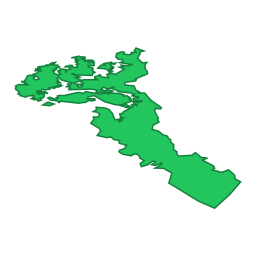 Hábmer smj 2, Nordland, Norway (Robinson projection)
{"feature_id": "86288312B17604167467724", "entity_name": "Hábmer smj 2", "entity_type": "district", "adm_level": 2, "iso_a3": "NOR", "parent_name": "Norway", "parent_adm1": "Nordland", "projection": "robinson", "projection_center": [15.771, 67.88], "detail": "fine", "context": "isolated", "style": "filled", "palette": "green", "viewbox_px": 256, "rotation_deg": 0, "n_neighbors": 0, "source": "geoboundaries", "source_scale": "gbopen_adm2", "svg_char_len": 5491}
<svg xmlns="http://www.w3.org/2000/svg" viewBox="0 0 256 256"><path d="M119.0,151.9L123.0,154.3L131.3,155.8L134.6,153.8L137.4,154.5L139.5,156.0L139.8,158.2L144.2,160.5L140.1,163.7L141.3,166.7L148.2,164.6L152.7,161.0L155.6,161.9L151.6,164.7L155.2,165.5L161.5,163.0L161.7,164.4L155.2,168.1L163.4,168.3L171.9,173.0L168.8,183.0L198.6,201.2L214.7,208.2L230.0,194.2L240.6,181.9L235.0,178.8L234.6,175.1L228.5,169.8L221.6,172.4L212.2,169.9L214.7,168.3L213.6,166.0L202.4,160.1L207.5,158.1L201.4,157.5L195.4,152.6L191.7,155.3L178.5,156.1L176.8,154.1L177.1,152.0L173.5,149.4L173.8,144.7L170.6,142.1L170.8,139.9L168.1,138.1L167.6,136.2L163.0,134.9L158.5,131.1L152.1,129.4L152.8,125.4L159.0,122.1L157.6,119.9L158.4,118.4L154.7,111.2L155.5,108.3L160.5,109.0L161.3,107.5L150.8,100.2L144.7,93.1L138.1,92.9L137.7,92.2L139.2,92.0L135.7,90.0L134.2,86.0L125.1,85.0L124.7,83.4L125.4,82.2L135.7,81.0L136.3,79.6L135.2,79.0L147.4,73.9L147.5,71.9L145.4,69.2L144.9,65.0L146.8,62.4L142.3,62.8L137.5,58.2L140.1,53.7L140.0,51.8L143.8,51.0L135.4,47.8L136.2,48.4L134.4,50.3L136.1,52.1L131.5,52.4L131.2,53.1L132.3,53.7L129.4,54.7L123.7,54.2L124.4,52.3L122.3,51.7L116.6,53.5L115.9,57.2L117.5,57.9L117.4,58.9L123.0,60.0L123.1,61.3L119.9,62.7L132.7,64.6L126.9,65.9L121.2,65.1L121.9,66.2L124.6,66.3L119.4,67.2L124.4,69.1L115.4,74.4L110.6,72.6L108.6,72.6L110.7,73.5L106.9,74.4L108.5,77.7L101.3,77.0L100.5,75.0L98.4,74.8L99.7,75.6L94.2,76.7L95.5,77.1L94.8,78.2L97.5,79.7L83.6,79.7L80.4,81.5L83.5,83.6L80.8,85.2L82.7,85.8L81.6,86.9L77.7,87.0L77.3,85.8L79.8,84.2L75.9,84.2L73.8,82.9L81.9,80.4L75.9,77.7L79.8,77.0L72.0,74.1L73.6,73.3L75.2,74.9L92.1,75.4L93.2,73.1L94.9,72.4L92.2,70.3L92.7,69.0L91.1,68.7L93.2,68.6L93.2,68.4L88.2,66.7L88.6,65.4L87.4,65.3L93.2,65.8L94.3,65.3L93.3,63.3L94.2,62.9L91.7,61.5L93.5,61.0L91.7,60.1L87.8,60.2L87.6,61.3L89.8,62.2L89.0,62.8L86.9,61.0L83.8,61.4L87.7,60.5L80.8,59.0L85.0,58.4L85.3,57.3L83.2,57.2L84.2,56.6L79.6,57.5L80.9,56.9L78.8,56.2L71.2,57.8L75.5,57.8L76.0,58.6L74.6,58.9L77.4,59.0L78.2,59.6L74.7,59.9L77.5,60.6L75.9,61.5L78.0,61.3L75.6,62.1L77.8,63.4L76.6,64.2L78.1,64.4L77.0,65.4L77.2,67.4L70.8,67.1L72.6,66.5L72.1,65.3L69.1,65.5L68.8,66.7L66.5,65.9L65.2,66.8L69.6,67.2L68.9,67.4L70.8,69.2L65.4,70.0L66.5,71.7L65.8,72.0L65.1,69.4L60.2,68.9L60.5,70.1L58.8,70.5L59.6,71.5L58.3,71.6L59.2,72.7L57.9,72.3L61.0,74.0L58.4,75.0L54.3,73.5L53.7,70.7L51.4,70.6L54.8,70.5L54.5,69.1L56.5,69.6L56.5,67.9L55.3,67.7L59.0,67.4L58.6,68.1L59.7,67.0L57.9,66.7L58.0,65.1L52.8,65.0L55.4,62.4L51.1,63.0L51.8,63.0L50.1,64.0L51.5,63.8L52.9,64.4L50.5,64.2L51.2,64.9L46.1,65.0L45.3,65.4L47.9,65.2L48.0,65.7L38.0,66.8L37.9,68.1L39.2,67.8L38.6,68.4L39.5,68.3L39.9,68.7L38.7,68.8L39.9,69.8L35.9,68.8L35.2,70.9L40.4,69.8L41.2,70.9L38.7,70.8L37.0,73.1L33.1,74.2L33.5,75.6L36.5,76.0L38.9,79.1L36.6,79.9L33.6,78.9L33.6,77.3L34.9,77.0L34.5,75.8L30.0,75.1L26.6,76.3L27.4,76.4L24.1,81.7L21.9,81.3L22.0,82.2L25.2,81.7L24.6,82.6L25.3,83.0L23.6,83.2L25.4,83.6L24.2,84.3L26.9,83.7L27.9,85.0L19.1,84.5L15.8,85.9L16.6,86.2L15.4,88.3L15.9,89.5L19.5,92.2L18.0,93.9L20.8,95.1L20.4,95.7L26.4,97.3L25.5,96.5L34.1,95.1L33.2,95.8L34.2,96.2L34.0,97.5L33.2,97.5L34.2,98.2L31.6,98.7L34.6,99.9L37.7,99.2L37.9,101.1L41.5,100.2L40.1,98.2L43.3,97.8L44.5,95.5L43.9,94.0L39.1,93.5L39.1,94.4L37.8,93.5L38.9,93.2L37.5,93.3L38.0,92.2L36.9,92.0L36.9,91.1L41.1,91.0L42.1,89.2L44.4,90.0L50.0,89.1L49.2,88.1L50.7,88.2L49.5,87.8L50.4,87.4L54.0,88.4L55.9,87.4L52.9,87.0L57.7,85.9L56.9,86.9L58.4,87.1L61.8,85.7L60.6,84.5L59.4,85.2L57.1,82.4L60.2,82.6L57.7,80.5L58.3,80.0L57.3,78.6L57.6,78.5L57.8,77.2L58.3,76.6L61.0,79.8L72.0,83.0L70.4,84.2L67.1,83.9L70.0,85.4L65.6,86.9L69.1,86.3L70.1,87.4L69.2,87.9L70.4,88.6L68.2,89.7L91.6,89.1L97.2,90.3L96.2,91.8L99.0,92.4L109.8,92.1L106.4,92.6L108.3,93.2L112.7,91.1L108.1,89.7L104.8,90.7L99.5,89.8L102.3,89.1L101.7,88.5L103.7,87.1L107.3,89.1L112.9,87.2L113.5,87.3L111.2,88.4L119.0,91.1L117.4,91.5L131.8,93.1L132.8,93.9L132.1,95.6L134.3,94.5L133.7,96.3L138.1,96.7L138.8,97.8L133.4,98.3L133.3,100.3L142.6,100.9L137.7,102.9L137.0,102.3L138.4,101.6L133.3,101.8L133.1,102.7L138.0,105.5L130.9,104.5L133.3,105.8L132.1,107.4L129.1,105.8L126.8,106.8L127.8,105.5L125.5,104.3L121.1,105.8L130.0,108.3L123.2,111.9L123.2,113.0L119.7,113.9L120.6,116.9L123.1,117.8L119.9,118.4L119.9,119.4L122.2,120.0L119.5,121.8L119.4,119.6L118.3,120.6L117.9,119.3L114.9,119.9L112.4,113.5L109.1,109.6L105.5,108.1L96.1,107.2L96.4,109.8L93.3,111.6L97.5,112.2L99.7,114.7L98.0,117.0L93.3,117.0L93.9,119.3L90.8,123.3L99.1,128.3L100.7,130.9L97.2,135.5L107.3,137.7L110.7,136.9L114.3,139.8L119.5,140.4L118.9,142.7L119.8,143.4L126.9,145.3L125.4,145.9L125.3,148.3L119.4,150.3L119.0,151.9ZM100.8,94.3L85.7,91.6L83.4,93.4L78.4,92.4L64.1,95.5L58.8,95.5L57.3,96.1L58.0,97.5L56.6,97.8L57.4,98.4L55.2,99.2L49.7,97.2L47.9,98.0L50.3,100.0L56.9,100.9L59.0,102.6L60.9,101.2L78.5,103.2L85.6,102.3L89.9,100.0L90.7,101.0L94.4,100.4L95.2,99.9L94.7,98.8L87.0,98.7L88.4,96.9L94.0,95.6L104.6,101.7L116.0,104.9L121.2,104.8L131.8,101.2L130.4,100.2L131.2,99.4L129.2,99.1L130.3,98.0L128.9,96.9L126.6,95.7L123.9,96.2L123.0,95.3L123.6,94.8L120.6,93.8L111.1,92.9L108.4,93.8L103.8,92.8L100.8,94.3ZM111.6,62.3L104.0,63.5L103.4,63.8L104.9,65.3L101.1,65.0L97.9,68.1L106.2,69.0L108.6,71.2L112.2,71.2L111.2,70.3L112.3,70.1L110.1,69.8L113.9,68.2L109.3,68.5L113.4,67.0L110.0,64.5L111.5,63.6L114.5,64.4L115.7,63.0L111.8,63.5L111.6,62.3ZM48.0,102.1L42.9,104.9L49.6,105.7L54.1,104.0L48.0,102.1ZM45.2,91.8L37.7,92.0L47.9,93.5L45.2,91.8Z" fill="#22c55e" stroke="#15803d" stroke-width="1.5"/></svg>